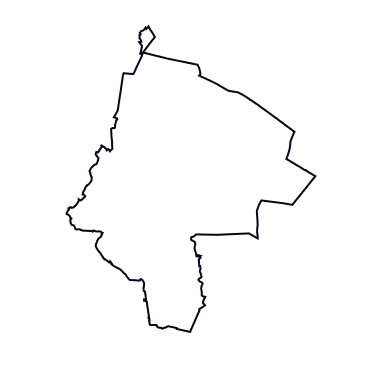 Xochitepec, Morelos, Mexico, rotated 201°
{"feature_id": "50627088B57245332476204", "entity_name": "Xochitepec", "entity_type": "district", "adm_level": 2, "iso_a3": "MEX", "parent_name": "Mexico", "parent_adm1": "Morelos", "projection": "robinson", "projection_center": [-99.225, 18.765], "detail": "fine", "context": "isolated", "style": "outline", "palette": "ink", "viewbox_px": 384, "rotation_deg": 201, "n_neighbors": 0, "source": "geoboundaries", "source_scale": "gbopen_adm2", "svg_char_len": 5935}
<svg xmlns="http://www.w3.org/2000/svg" viewBox="0 0 384 384"><g transform="rotate(201 192 192)"><path d="M249.3,97.7L249.5,98.2L247.6,97.7L244.5,96.7L244.0,96.6L243.8,97.1L243.7,97.6L243.7,97.9L242.5,97.3L242.7,96.9L241.1,96.3L241.3,95.8L240.6,95.5L239.1,95.1L238.1,94.9L234.9,94.4L231.4,94.1L230.4,93.7L225.7,91.5L224.6,91.3L224.2,91.1L224.0,90.9L223.9,90.7L222.5,89.8L221.6,89.2L220.9,88.7L218.8,87.6L217.1,88.0L212.6,89.5L210.9,89.9L209.1,90.5L209.2,91.1L209.2,91.6L209.0,92.0L208.6,92.3L208.3,92.4L207.9,92.1L206.9,92.1L206.2,91.7L205.5,91.0L204.7,90.6L203.9,89.3L203.5,88.3L203.2,86.9L203.1,86.7L202.9,86.3L202.9,86.0L203.0,85.7L203.0,85.2L202.5,84.2L201.6,82.4L200.2,82.1L198.3,78.8L196.1,74.6L196.8,74.6L198.2,74.5L197.8,73.5L197.8,73.4L195.0,73.5L193.7,71.0L188.1,61.3L187.8,60.0L187.5,59.2L187.2,59.6L186.3,58.2L185.6,56.8L185.9,56.6L183.9,53.0L182.6,53.1L179.7,54.3L177.8,55.0L177.8,54.7L177.6,54.5L177.2,54.4L176.8,54.3L176.4,54.2L175.6,53.5L175.3,53.4L174.8,53.4L174.3,53.6L172.9,53.9L172.1,54.2L171.0,53.7L170.4,54.2L169.5,55.2L169.1,55.3L168.7,55.5L166.2,58.1L165.9,58.2L158.0,59.4L157.3,59.4L157.2,58.7L143.6,60.7L143.6,61.8L142.6,84.1L143.3,85.2L142.3,86.5L139.2,90.9L141.9,92.2L142.4,93.9L142.1,98.9L144.8,98.4L145.7,98.9L147.4,102.8L148.7,104.8L149.4,107.4L149.3,110.4L150.5,111.1L152.3,111.2L154.0,111.8L154.7,112.8L152.6,116.0L153.7,117.8L156.4,120.9L156.6,123.5L157.8,125.7L158.6,125.3L159.0,126.1L159.4,127.1L161.0,130.4L161.3,130.7L161.3,131.7L161.2,133.1L160.5,133.5L161.1,134.3L161.6,134.5L162.0,134.4L161.6,135.0L161.1,135.3L161.0,135.5L164.1,135.2L164.1,134.5L164.4,133.7L165.0,133.8L165.4,134.5L165.7,135.3L167.8,138.1L168.9,139.5L169.5,140.5L170.0,142.5L170.3,145.0L171.8,146.5L175.3,146.9L175.8,147.6L176.3,148.5L176.3,149.7L175.1,150.5L174.2,151.4L172.9,153.9L153.3,161.0L124.1,173.7L114.0,172.2L114.5,173.6L116.9,178.0L117.3,179.2L118.4,182.7L118.7,184.0L119.0,185.0L120.6,188.7L123.5,194.9L124.7,197.6L124.9,204.1L124.2,209.0L118.7,210.3L111.0,212.2L101.0,214.6L93.8,215.9L89.2,230.0L85.5,241.6L82.5,251.0L91.4,252.5L93.3,253.2L93.5,253.3L93.9,252.8L95.8,253.1L98.3,253.7L99.0,253.7L100.5,254.1L104.1,254.6L107.5,255.3L109.4,255.5L112.6,256.2L115.7,256.6L115.8,261.2L116.1,265.6L116.5,268.1L116.8,269.6L118.2,274.5L118.2,275.0L118.2,279.5L118.1,281.4L118.1,283.1L117.9,284.9L140.0,291.1L162.9,297.3L163.8,297.4L169.4,298.8L171.3,298.9L172.1,299.5L173.3,299.7L173.7,299.7L174.6,300.0L179.3,300.8L179.6,301.0L180.2,301.1L180.9,301.0L184.9,301.5L186.4,301.2L187.1,301.0L191.9,300.0L192.7,299.8L194.4,299.6L196.6,299.9L207.6,301.7L213.5,302.3L227.1,303.2L226.6,304.4L226.5,305.3L227.6,307.2L229.8,310.4L231.9,312.3L232.4,312.8L261.6,307.9L283.4,305.2L287.8,304.6L283.8,318.4L282.2,323.4L283.3,324.2L283.9,324.7L284.6,325.4L285.3,325.9L287.5,327.5L289.4,328.6L289.8,329.2L291.0,330.0L291.9,331.0L292.4,329.7L293.2,327.8L294.3,328.8L294.8,326.7L295.9,324.8L297.2,324.0L297.3,323.8L297.4,323.0L297.8,321.9L297.0,321.3L296.4,320.7L297.3,319.7L296.7,318.7L296.2,316.8L294.3,315.5L293.1,314.1L295.1,313.0L291.0,310.4L290.8,309.7L290.2,305.7L289.9,303.5L290.0,303.5L289.9,302.5L288.0,302.8L287.7,302.8L287.6,300.8L288.2,292.1L288.6,287.0L288.6,286.9L288.6,285.0L289.1,281.2L291.7,280.3L298.2,278.4L298.4,278.4L298.1,275.2L295.0,261.7L292.8,251.7L292.0,248.0L290.7,242.4L290.7,241.4L290.6,241.1L291.1,237.6L291.2,237.0L291.7,234.3L291.7,233.7L290.2,234.0L289.7,233.8L288.9,233.9L288.1,233.7L287.8,232.8L288.3,232.1L288.4,231.2L288.0,229.0L288.0,227.0L287.6,226.6L287.1,225.0L287.1,224.1L287.8,223.5L289.1,223.3L289.3,223.1L289.8,222.1L290.0,222.1L290.1,221.9L289.8,221.1L288.0,217.1L286.6,214.0L284.7,210.5L283.6,207.7L283.0,206.2L282.0,204.3L281.8,203.8L282.9,201.8L283.1,200.7L284.6,201.8L285.0,201.6L285.3,201.6L285.7,201.9L286.5,200.2L286.7,200.3L287.1,201.0L287.5,201.6L288.5,201.8L289.6,202.4L291.8,202.7L293.1,203.1L293.3,203.0L292.4,201.1L293.6,198.0L293.4,197.8L293.3,197.4L293.9,195.7L294.2,195.1L295.6,195.1L295.7,193.8L295.3,192.5L294.7,191.9L294.0,191.7L293.1,191.0L291.7,190.4L291.3,189.3L291.1,187.0L291.1,186.2L291.0,185.5L291.0,184.9L291.1,184.3L291.4,183.6L292.0,183.1L292.5,182.9L293.0,182.0L293.6,180.6L294.0,180.0L294.4,179.5L294.8,177.9L295.2,174.8L293.8,173.5L293.2,172.2L292.0,170.7L290.9,169.9L289.9,166.6L290.7,163.6L290.7,163.1L291.7,161.4L292.0,160.8L292.4,160.7L292.4,160.2L292.5,160.0L292.6,159.8L292.7,159.4L292.9,159.3L293.1,158.9L293.1,158.7L293.2,157.3L293.0,156.8L293.2,155.4L293.6,153.0L293.2,150.5L292.3,150.9L290.2,149.8L290.2,149.3L291.8,146.0L291.9,145.6L292.9,144.2L293.0,144.2L295.3,144.7L295.2,144.3L295.0,144.0L294.5,143.5L294.7,142.0L295.2,139.6L296.1,136.8L296.7,136.4L296.9,135.5L297.6,134.7L298.2,134.4L298.5,134.1L299.6,134.4L300.4,134.1L300.6,132.9L301.0,132.9L301.5,132.5L300.8,131.2L300.7,131.2L300.7,130.9L300.9,130.5L301.3,129.6L301.3,126.7L301.2,126.5L300.3,126.5L298.2,126.1L297.6,125.8L297.3,125.5L296.9,125.1L296.8,124.8L296.4,124.5L296.2,124.5L295.9,124.4L295.6,124.2L295.1,124.0L295.3,123.6L295.4,123.1L295.6,122.6L295.5,122.1L295.1,121.4L295.0,121.1L294.3,119.8L292.7,118.2L290.3,118.5L289.8,117.9L288.7,117.1L288.3,116.7L287.9,116.0L287.8,115.8L287.4,115.5L287.2,115.5L286.8,115.6L286.2,115.8L283.4,117.0L283.0,117.0L281.9,116.8L281.9,116.7L280.6,116.8L279.0,117.1L278.2,117.5L276.1,118.2L275.8,118.2L270.2,120.2L270.3,119.7L271.1,118.7L270.3,119.6L270.1,120.7L269.5,120.9L267.7,120.8L267.1,120.9L264.2,122.1L263.0,122.4L262.6,122.3L261.4,120.9L260.8,121.3L260.8,120.9L261.2,119.7L261.1,119.4L260.8,118.3L261.0,117.7L262.3,115.5L262.6,114.7L262.8,113.7L262.9,113.1L262.9,111.0L263.0,110.1L262.9,109.6L263.0,109.4L262.8,108.4L262.8,107.9L262.6,107.2L262.3,106.8L261.7,106.2L261.5,105.9L260.7,105.3L260.4,105.2L259.9,104.5L258.4,103.5L257.3,103.0L256.9,102.7L255.9,102.2L254.7,101.4L253.7,100.5L252.8,99.9L252.1,99.4L251.7,99.2L251.0,98.6L250.5,98.3L249.9,98.1L249.6,98.1L249.5,97.7L249.3,97.7Z" fill="none" stroke="#020617" stroke-width="2"/></g></svg>